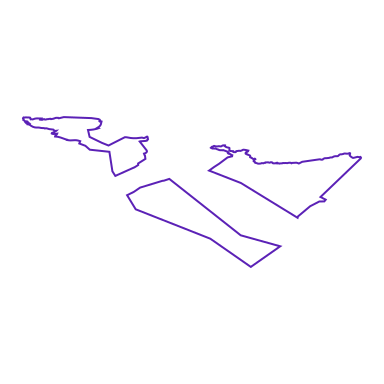 Kópavogsbær, Höfuðborgarsvæði, Iceland (Robinson projection)
{"feature_id": "244011B4103585132621", "entity_name": "Kópavogsbær", "entity_type": "district", "adm_level": 2, "iso_a3": "ISL", "parent_name": "Iceland", "parent_adm1": "Höfuðborgarsvæði", "projection": "robinson", "projection_center": [-21.781, 64.044], "detail": "fine", "context": "isolated", "style": "outline", "palette": "violet", "viewbox_px": 384, "rotation_deg": 0, "n_neighbors": 0, "source": "geoboundaries", "source_scale": "gbopen_adm2", "svg_char_len": 5701}
<svg xmlns="http://www.w3.org/2000/svg" viewBox="0 0 384 384"><path d="M297.6,217.8L298.0,216.4L310.2,206.2L319.3,201.5L324.3,201.4L325.7,199.7L320.5,197.0L360.7,158.5L361.0,157.8L360.7,157.2L360.4,156.9L359.3,157.2L357.7,156.9L357.4,156.9L354.2,157.7L353.3,157.9L352.9,157.9L351.5,157.1L350.9,156.6L350.1,155.9L349.7,155.4L349.8,154.7L350.1,153.9L350.1,153.3L349.6,153.1L349.1,153.2L348.7,153.5L348.0,153.7L347.0,153.7L344.8,153.5L344.0,153.6L343.5,153.9L341.7,154.3L340.3,154.3L339.3,154.8L338.3,155.8L337.8,156.1L337.3,156.2L335.2,156.2L334.3,156.4L333.6,156.6L332.9,157.0L332.2,157.4L330.2,157.5L329.1,157.9L328.2,158.0L326.3,158.2L325.3,158.2L324.5,158.3L323.3,158.9L322.6,159.6L321.1,159.7L320.2,159.3L319.6,159.3L302.2,161.8L299.1,163.4L298.8,163.5L298.4,163.4L298.0,163.1L296.4,162.7L292.5,162.9L292.1,163.0L291.5,163.3L291.4,163.3L291.1,163.1L291.0,162.9L290.8,162.8L289.7,162.7L289.3,162.8L288.6,162.8L287.5,163.1L287.0,163.1L285.2,163.0L284.0,163.1L283.2,163.0L282.6,163.1L282.3,163.3L280.6,163.4L279.8,163.4L279.4,163.6L279.0,163.5L278.2,163.2L277.8,163.4L277.2,163.4L277.2,163.1L277.1,162.8L276.6,162.9L276.2,162.9L275.7,163.2L275.4,163.3L273.1,163.3L272.7,163.1L272.7,162.9L272.3,162.5L271.1,162.2L270.5,162.3L270.0,162.6L269.4,162.7L268.0,162.3L266.9,162.4L265.6,162.4L265.3,162.5L265.1,162.9L264.2,162.9L263.4,163.3L261.8,163.1L261.1,163.4L260.1,163.6L258.8,163.7L257.8,163.6L256.9,163.2L255.2,162.8L255.1,162.7L255.2,162.3L255.0,162.1L254.4,161.7L254.0,161.5L253.6,161.2L253.6,160.9L254.1,160.0L254.7,159.6L255.4,159.3L255.4,159.2L255.1,158.8L254.5,158.7L254.3,158.9L253.6,159.1L252.8,158.8L252.3,158.4L252.1,158.2L251.8,158.1L251.7,157.9L250.4,157.4L250.1,157.2L250.1,156.9L250.3,156.3L250.2,156.0L249.9,155.5L248.4,154.9L248.1,154.7L247.3,154.6L247.1,154.5L246.9,154.2L247.0,154.2L246.9,154.1L246.7,153.9L245.9,153.9L245.6,153.6L245.6,153.4L245.6,153.0L245.9,152.4L247.5,151.7L248.0,151.3L248.3,150.6L245.8,150.0L243.6,149.7L242.7,149.9L242.1,150.3L240.5,150.9L239.7,150.8L238.7,150.8L237.4,151.0L236.5,151.1L236.3,151.1L236.1,151.3L235.9,151.9L235.6,152.1L235.2,152.1L233.6,152.1L233.3,152.0L233.2,151.9L233.2,151.2L230.5,151.0L229.8,150.8L229.4,150.6L229.3,150.4L229.5,149.2L229.4,148.0L229.3,147.9L228.8,147.7L227.6,147.5L226.3,147.1L225.6,146.7L224.6,146.0L224.6,145.9L225.1,145.5L225.1,145.4L224.0,145.3L222.6,145.5L221.3,146.3L220.8,146.4L218.8,146.2L217.4,146.4L215.9,146.4L215.1,146.2L214.5,146.0L214.1,145.9L213.8,146.0L213.3,146.4L212.7,146.6L212.1,146.7L211.8,146.9L211.6,147.1L211.4,147.3L210.9,147.8L211.4,148.2L212.2,148.2L212.5,148.5L212.8,148.5L213.3,148.5L214.5,148.6L214.8,148.5L215.4,148.5L215.7,148.7L216.4,148.8L216.5,148.9L217.0,149.2L217.9,149.5L218.5,149.6L218.8,149.9L219.3,150.0L219.9,150.2L221.4,150.2L222.8,150.3L223.1,150.1L226.0,151.1L227.6,151.7L227.5,152.1L227.8,152.5L228.3,152.7L228.0,153.2L228.4,153.6L229.3,153.9L229.9,153.9L230.0,154.0L230.3,154.2L230.7,154.3L230.9,154.5L231.1,154.8L232.3,155.2L232.1,156.3L227.6,157.4L219.2,163.7L214.1,167.0L209.1,170.6L240.9,183.0L297.6,217.8ZM127.1,195.2L135.7,209.3L210.3,238.7L250.8,266.9L280.2,246.3L240.7,235.3L169.3,178.9L163.8,180.7L162.5,180.8L140.1,187.6L133.8,191.9L127.1,195.2ZM58.0,117.8L57.8,117.9L56.1,117.8L55.0,118.1L54.5,118.4L53.8,118.5L53.5,118.7L51.2,119.1L50.9,119.1L50.6,118.8L49.1,118.9L48.4,119.1L46.9,119.2L46.5,119.3L46.0,119.5L44.8,119.5L44.6,119.4L44.4,119.2L43.8,119.3L43.5,119.2L43.2,119.3L42.9,119.5L42.8,119.3L42.0,119.2L41.7,119.0L42.0,119.4L41.7,119.7L41.4,119.8L40.0,119.6L40.1,118.9L40.9,118.9L41.1,118.8L41.3,118.5L36.9,118.4L35.1,118.6L33.0,119.3L32.4,119.4L31.3,119.2L30.7,119.3L30.5,118.8L30.3,118.6L30.3,118.0L30.1,117.7L29.9,117.6L29.0,117.5L25.5,117.4L24.4,117.6L23.7,117.4L23.5,117.5L23.2,117.8L23.1,118.2L23.0,118.5L23.3,118.9L23.3,119.2L23.5,119.4L23.5,119.6L23.7,119.9L23.6,120.0L24.0,120.2L24.3,120.7L24.8,121.2L25.1,121.5L25.3,121.5L25.2,121.9L25.2,122.1L25.6,122.5L26.0,121.3L27.1,121.4L27.5,121.6L27.8,122.0L27.8,122.5L28.6,123.0L27.9,123.1L28.9,123.3L28.9,123.7L28.8,123.9L27.5,124.1L27.4,123.1L27.2,123.0L27.3,124.2L27.4,124.3L28.8,124.2L29.0,124.6L29.4,124.8L30.1,124.8L30.4,125.3L30.9,125.7L32.9,126.8L34.8,127.4L35.9,127.5L37.3,127.5L38.3,127.5L39.8,127.7L41.3,128.0L43.6,128.1L44.3,128.2L44.9,128.5L45.6,128.3L46.5,128.3L49.2,129.1L50.8,129.3L53.3,129.6L53.5,129.7L53.7,129.9L53.8,130.1L54.1,130.5L54.5,131.1L55.4,130.9L55.5,130.9L56.3,130.8L56.2,130.9L55.4,131.0L54.7,131.8L54.0,132.3L52.3,132.8L51.9,133.0L51.7,133.4L51.7,133.5L52.3,133.8L53.5,134.0L54.6,133.9L57.2,133.6L57.1,133.9L56.9,134.2L56.0,135.0L55.5,135.6L55.2,136.0L55.1,136.5L57.9,136.8L60.5,137.5L65.6,139.3L67.1,139.7L67.0,140.0L67.6,140.1L69.0,140.3L70.7,140.4L74.4,140.2L76.0,140.2L77.9,140.5L79.9,141.1L80.2,141.2L79.3,143.5L85.4,145.8L89.8,149.7L109.4,151.8L112.4,171.3L115.3,175.9L134.9,167.1L138.2,165.0L138.1,163.5L145.4,158.9L145.0,155.7L144.6,155.2L144.0,153.6L145.3,153.2L145.8,152.9L146.3,152.5L146.6,152.1L146.9,151.7L146.9,151.2L146.8,150.7L146.5,150.2L139.7,141.5L140.3,141.3L146.0,140.9L146.2,140.7L147.1,140.5L147.2,140.3L147.2,140.0L147.8,139.6L147.9,139.3L148.0,139.2L147.9,138.8L147.8,138.3L147.8,138.0L147.5,137.8L147.4,137.3L147.5,136.9L147.4,136.7L147.1,136.6L146.5,136.8L145.8,137.3L144.9,137.7L144.3,138.0L144.0,138.1L141.9,137.6L136.4,138.2L133.2,138.2L130.7,138.0L126.7,137.3L124.9,137.2L108.5,145.5L102.0,142.9L89.6,136.9L88.0,130.0L91.0,129.8L93.4,129.5L96.8,128.8L98.2,128.3L97.2,127.9L98.0,127.4L99.0,126.8L99.8,126.0L100.2,125.5L100.6,124.9L100.9,124.2L101.5,121.6L100.3,121.5L99.7,121.5L99.4,121.2L99.5,120.8L100.1,120.3L99.8,119.9L99.5,120.0L98.7,119.1L91.4,118.1L63.8,117.1L58.8,118.3L58.0,117.8Z" fill="none" stroke="#5b21b6" stroke-width="2"/></svg>